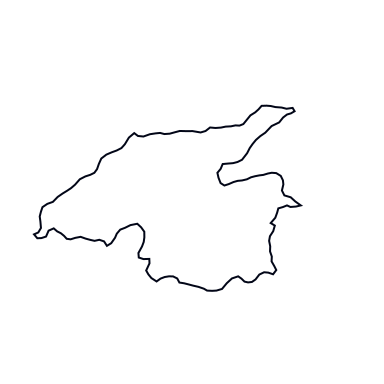 the district of Jaguaraçu, Minas Gerais, Brazil, rotated 35°
{"feature_id": "56859067B87939295508899", "entity_name": "Jaguaraçu", "entity_type": "district", "adm_level": 2, "iso_a3": "BRA", "parent_name": "Brazil", "parent_adm1": "Minas Gerais", "projection": "natural_earth1", "projection_center": [-42.716, -19.627], "detail": "fine", "context": "isolated", "style": "outline", "palette": "ink", "viewbox_px": 384, "rotation_deg": 35, "n_neighbors": 0, "source": "geoboundaries", "source_scale": "gbopen_adm2", "svg_char_len": 2368}
<svg xmlns="http://www.w3.org/2000/svg" viewBox="0 0 384 384"><g transform="rotate(35 192 192)"><path d="M86.9,317.3L91.8,318.6L95.1,316.1L98.0,312.2L96.7,305.9L99.6,301.1L104.1,301.6L108.2,301.0L112.3,301.3L116.2,302.2L119.7,300.4L122.7,296.5L126.5,292.6L131.6,291.2L136.3,289.5L140.2,287.9L143.5,284.3L148.3,282.9L153.2,284.9L155.2,280.3L155.2,273.6L154.3,269.3L154.8,264.0L157.7,259.7L160.6,254.4L165.4,249.4L170.6,250.1L175.7,251.9L179.0,256.5L181.1,260.6L182.3,265.3L183.1,272.7L186.0,276.2L190.7,274.8L195.4,271.3L198.1,274.8L199.5,282.6L203.5,284.5L208.1,285.8L214.3,285.6L215.9,281.0L218.4,277.3L221.5,274.3L224.9,272.0L229.5,271.3L233.6,273.4L237.9,271.3L242.4,269.6L246.5,268.1L251.7,266.0L257.2,264.4L260.9,264.1L265.2,261.4L268.6,258.7L272.2,254.2L272.8,246.8L274.3,239.9L278.2,234.6L282.2,234.6L286.4,235.3L289.8,233.9L292.7,231.3L294.2,227.2L294.5,221.0L297.1,216.4L300.7,214.3L305.6,212.9L305.8,207.6L301.9,205.5L297.0,203.2L294.4,199.1L290.0,195.9L287.2,191.6L283.2,187.8L281.2,183.5L281.0,177.5L279.1,172.0L274.3,172.3L275.0,165.3L273.6,160.1L272.1,155.9L275.1,152.2L277.5,148.5L281.2,147.8L285.5,144.3L288.8,140.6L282.0,140.5L275.9,139.7L269.6,141.8L264.8,139.2L262.5,133.4L259.8,130.3L255.5,127.9L250.2,128.2L246.3,130.5L243.6,133.3L240.6,137.1L237.7,139.7L234.6,142.9L231.9,146.1L229.7,150.1L226.4,153.8L223.0,156.7L220.3,160.0L217.6,164.4L214.8,168.1L210.3,168.3L205.5,165.1L201.8,161.7L202.2,156.6L201.1,151.5L205.0,148.2L209.1,144.8L212.1,141.3L214.5,136.9L214.9,128.6L214.1,122.9L214.1,118.1L214.5,112.7L215.9,107.0L218.0,101.4L219.4,92.3L223.5,85.0L223.9,78.7L225.4,74.0L227.9,70.9L229.7,67.0L226.2,65.4L221.7,69.6L217.0,71.4L211.6,74.6L207.2,76.4L203.6,78.5L199.6,81.5L199.1,86.1L198.1,90.5L195.9,95.7L195.5,101.3L195.1,106.9L192.8,110.4L189.4,112.5L186.2,115.9L182.1,119.1L178.8,122.6L174.5,126.1L169.8,128.8L168.1,134.3L164.9,138.3L157.5,141.8L152.3,145.5L147.0,149.0L143.7,152.9L140.3,157.0L136.1,160.4L132.0,161.9L128.5,164.9L124.4,168.8L120.4,174.4L115.6,177.1L110.9,176.9L109.1,183.6L109.6,191.4L109.0,196.5L106.5,201.2L103.5,205.5L100.4,210.5L98.5,216.6L99.6,222.4L101.1,227.7L101.0,232.3L98.8,236.3L95.7,240.4L92.8,245.9L92.0,253.1L90.7,258.2L88.9,262.8L86.9,267.4L84.8,273.1L83.7,279.9L80.3,284.7L78.2,290.2L79.6,294.9L81.3,299.4L84.8,303.2L88.9,308.1L89.3,313.3L86.9,317.3Z" fill="none" stroke="#020617" stroke-width="2"/></g></svg>